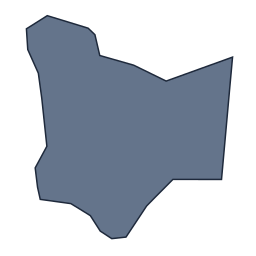 outline of Kolwezi, Katanga, Democratic Republic of the Congo, rotated 271°
{"feature_id": "63176286B76187105234082", "entity_name": "Kolwezi", "entity_type": "district", "adm_level": 2, "iso_a3": "COD", "parent_name": "Democratic Republic of the Congo", "parent_adm1": "Katanga", "projection": "equal_earth", "projection_center": [25.484, -10.753], "detail": "fine", "context": "isolated", "style": "filled", "palette": "slate", "viewbox_px": 256, "rotation_deg": 271, "n_neighbors": 0, "source": "geoboundaries", "source_scale": "gbopen_adm2", "svg_char_len": 488}
<svg xmlns="http://www.w3.org/2000/svg" viewBox="0 0 256 256"><g transform="rotate(271 128 128)"><path d="M238.9,45.3L225.4,24.7L204.7,26.4L181.2,37.4L156.0,41.3L108.3,47.2L86.5,35.9L82.2,36.5L67.2,38.6L55.1,41.5L51.4,72.2L43.3,85.9L39.7,91.9L24.4,102.1L17.1,113.7L18.9,127.9L50.4,148.0L59.6,156.7L77.4,173.8L78.2,222.4L169.5,229.0L200.7,231.3L175.6,165.3L188.0,138.8L190.9,132.6L200.0,98.5L220.7,93.3L227.1,86.4L238.9,45.3Z" fill="#64748b" stroke="#1e293b" stroke-width="1.5"/></g></svg>